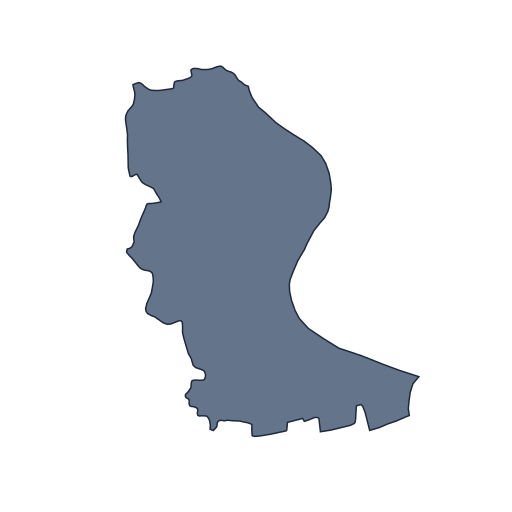 outline of Quang Ngai, Quảng Ngãi, Vietnam, rotated 74°
{"feature_id": "81297802B1045120286230", "entity_name": "Quang Ngai", "entity_type": "district", "adm_level": 2, "iso_a3": "VNM", "parent_name": "Vietnam", "parent_adm1": "Quảng Ngãi", "projection": "robinson", "projection_center": [108.808, 15.12], "detail": "fine", "context": "isolated", "style": "filled", "palette": "slate", "viewbox_px": 512, "rotation_deg": 74, "n_neighbors": 0, "source": "geoboundaries", "source_scale": "gbopen_adm2", "svg_char_len": 3653}
<svg xmlns="http://www.w3.org/2000/svg" viewBox="0 0 512 512"><g transform="rotate(74 256 256)"><path d="M90.8,216.6L88.3,219.8L84.7,222.1L82.3,224.4L79.0,225.5L76.1,226.2L74.3,227.3L72.3,229.2L71.2,231.0L69.7,233.0L68.4,234.1L66.9,235.0L65.5,235.7L63.8,237.4L63.4,239.4L63.4,242.6L63.6,244.4L63.8,246.9L63.5,250.5L62.8,253.4L61.7,257.0L59.6,260.8L58.6,263.8L58.6,265.7L59.0,266.8L59.3,267.3L60.5,267.5L62.7,267.7L64.3,267.7L65.2,268.1L66.0,269.3L66.5,270.7L66.7,273.6L66.8,276.2L66.9,276.9L66.9,278.4L66.0,283.2L66.0,285.4L66.4,286.4L67.9,287.3L69.9,288.2L71.5,288.7L72.1,290.0L71.7,293.1L71.3,295.9L70.6,301.0L69.8,305.2L67.9,310.7L66.8,312.6L62.9,316.0L60.2,317.6L58.1,319.1L57.0,320.9L57.0,323.7L57.4,327.1L59.8,327.3L64.3,327.4L65.1,327.5L67.8,328.0L72.2,329.8L76.2,332.1L77.9,333.9L81.3,339.2L85.1,342.4L88.7,343.8L91.7,344.3L97.9,345.1L104.2,346.1L109.2,347.7L115.8,349.4L123.3,351.1L130.4,353.0L136.0,354.5L139.1,354.8L144.5,355.1L145.1,354.6L145.3,354.0L145.4,352.9L145.0,351.6L144.4,349.5L144.9,347.7L148.3,346.9L153.1,345.5L154.3,344.8L156.7,342.7L160.9,337.9L163.0,335.8L166.5,335.0L169.1,334.4L173.3,333.0L177.8,332.2L177.5,336.9L176.8,341.7L176.0,344.6L175.9,346.3L176.5,346.9L177.5,347.8L179.4,349.0L188.4,356.4L194.4,360.8L199.8,365.7L203.4,368.2L205.9,368.9L208.8,369.2L212.9,372.7L213.8,375.0L213.8,377.9L216.3,379.3L218.2,378.8L221.0,377.5L223.7,375.9L231.8,372.5L234.9,371.1L236.8,369.8L238.5,367.6L239.5,365.7L241.0,362.6L242.9,360.9L243.1,360.9L244.1,360.4L246.0,360.5L248.8,360.9L252.4,361.8L257.3,364.1L262.9,366.9L271.7,374.1L276.3,376.7L279.0,376.9L281.5,376.0L283.4,374.1L285.0,372.4L286.6,370.0L289.3,368.0L289.5,367.7L294.4,363.9L295.8,362.0L296.9,360.6L297.5,358.6L297.9,356.7L297.6,354.3L297.4,351.3L297.1,349.3L297.1,347.2L297.6,346.0L298.9,345.2L300.3,345.3L303.5,346.0L309.2,347.7L314.7,348.0L322.5,348.0L331.1,347.9L336.8,346.5L338.5,346.6L343.6,346.5L343.8,346.5L346.6,344.8L348.8,341.6L350.4,339.4L351.5,338.1L353.2,337.3L354.5,337.2L356.5,337.3L358.3,338.1L360.4,339.5L360.8,341.1L359.9,344.5L358.9,347.2L358.2,350.1L358.2,351.7L359.4,352.8L362.0,353.9L364.7,354.9L368.0,358.9L369.6,361.9L371.4,362.6L372.8,362.2L374.0,361.3L375.1,360.1L377.3,360.2L379.7,361.1L381.9,360.8L382.8,359.7L383.6,357.6L384.9,355.7L386.5,354.4L388.4,354.5L390.7,355.7L393.2,355.8L394.1,354.7L394.8,351.6L395.8,348.6L396.7,347.2L398.8,346.4L401.1,346.0L405.9,346.5L409.9,347.9L410.0,347.7L412.0,345.2L410.0,341.7L408.7,340.4L406.2,339.5L404.9,338.5L404.1,336.7L404.2,335.1L405.0,333.4L405.8,331.5L406.0,328.7L407.7,324.4L410.1,317.3L412.3,313.3L414.0,310.0L415.9,307.3L417.1,306.4L420.7,307.6L427.4,309.2L428.3,308.5L428.9,307.3L429.5,304.8L430.1,301.6L431.3,291.4L432.2,278.3L432.4,275.3L431.8,274.4L424.6,271.6L425.0,255.9L428.3,255.1L428.1,250.6L427.4,244.1L428.1,241.6L429.4,240.3L442.7,242.5L444.0,231.9L444.6,217.0L444.8,211.8L444.1,207.9L443.2,206.6L440.0,205.1L435.8,203.7L427.7,200.8L427.7,196.2L429.7,194.9L436.1,194.2L455.0,194.8L454.9,184.7L453.7,175.2L453.3,166.7L451.9,155.9L451.6,152.6L444.8,151.7L438.4,149.2L429.8,145.5L422.1,140.4L416.9,132.7L405.3,149.9L395.6,163.1L381.1,181.9L367.4,201.8L353.8,214.1L351.3,216.2L340.3,225.5L328.0,231.6L318.8,233.5L314.7,233.7L308.6,234.1L299.6,233.5L292.4,231.8L287.9,229.6L281.3,224.6L272.0,217.1L264.2,208.8L263.4,207.9L257.9,203.3L247.6,193.4L241.6,185.0L238.3,179.7L233.1,174.8L229.3,172.4L224.4,170.4L221.0,168.7L213.0,165.3L206.0,163.9L196.7,162.9L186.1,163.5L177.5,165.8L167.3,171.8L158.8,178.1L155.2,181.5L148.9,187.2L141.5,193.6L135.1,198.7L133.2,200.2L121.1,207.4L113.6,212.5L102.5,216.1L94.6,216.9L90.8,216.6Z" fill="#64748b" stroke="#1e293b" stroke-width="1.5"/></g></svg>